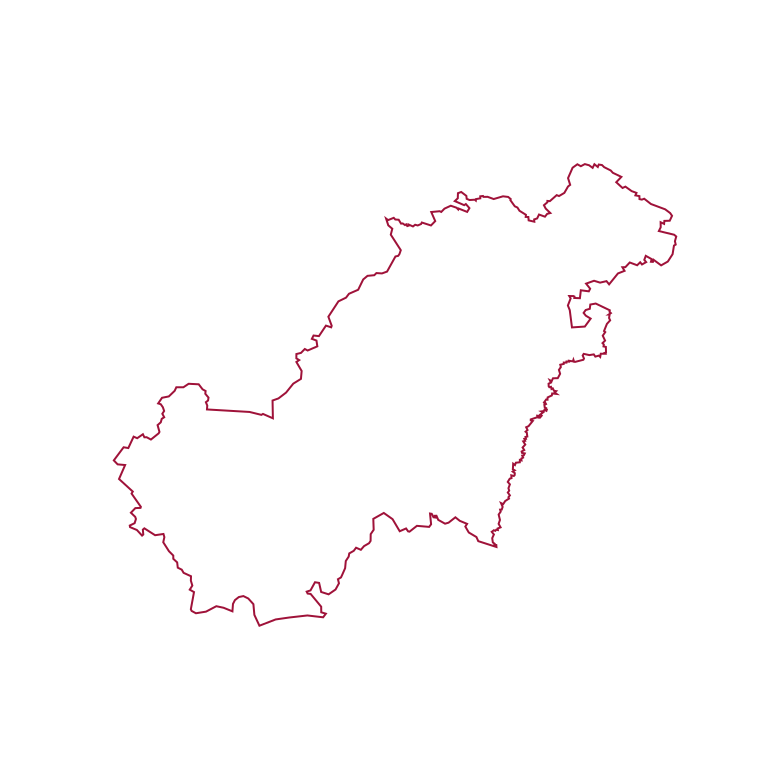 the district of Pueblo Nuevo, Córdoba, Colombia, rotated 109°
{"feature_id": "7082276B76767712756641", "entity_name": "Pueblo Nuevo", "entity_type": "district", "adm_level": 2, "iso_a3": "COL", "parent_name": "Colombia", "parent_adm1": "Córdoba", "projection": "robinson", "projection_center": [-75.437, 8.472], "detail": "fine", "context": "isolated", "style": "outline", "palette": "rose", "viewbox_px": 768, "rotation_deg": 109, "n_neighbors": 0, "source": "geoboundaries", "source_scale": "gbopen_adm2", "svg_char_len": 6166}
<svg xmlns="http://www.w3.org/2000/svg" viewBox="0 0 768 768"><g transform="rotate(109 384 384)"><path d="M662.0,487.2L657.2,478.2L648.7,470.2L647.8,462.8L648.3,453.3L641.1,455.2L636.9,454.6L632.7,451.9L630.3,447.9L631.0,442.5L634.7,435.8L644.5,431.4L653.1,423.1L641.9,409.8L635.6,397.5L627.8,381.1L624.4,365.6L620.1,364.2L620.3,369.0L615.0,370.9L606.4,385.0L607.0,388.0L605.5,389.5L603.1,386.3L593.9,384.7L593.2,380.6L601.1,375.7L600.9,367.9L594.1,362.9L587.1,361.7L583.6,364.0L580.9,361.7L578.1,361.4L570.8,360.8L563.8,362.5L558.7,361.2L555.5,361.7L551.6,358.3L547.9,357.1L548.3,351.9L543.8,350.1L539.4,346.3L536.7,345.6L530.3,347.7L525.2,346.3L515.0,350.2L506.0,342.2L509.0,331.9L518.1,321.2L513.4,316.1L515.5,313.2L515.3,311.8L507.4,306.7L504.4,294.8L501.3,293.8L491.5,298.3L491.2,296.6L493.9,293.8L493.5,291.8L492.0,292.9L491.5,291.5L494.8,288.5L496.2,280.8L494.1,277.8L486.8,273.1L488.7,267.8L489.2,259.9L492.3,260.7L496.8,255.5L498.6,246.8L501.9,243.7L501.5,224.6L499.7,225.4L500.3,227.4L499.0,227.4L498.4,229.5L494.5,231.5L490.5,231.1L488.7,234.0L486.5,232.5L486.6,231.0L485.2,230.4L485.0,228.8L483.6,229.5L481.6,227.1L478.9,230.1L474.8,230.1L470.1,233.1L466.7,232.1L465.0,233.3L464.4,231.8L461.6,231.8L458.5,234.6L458.8,232.2L455.2,231.3L451.6,228.5L450.5,229.5L448.3,228.7L446.3,231.6L444.1,230.9L442.0,232.4L437.9,232.3L436.3,235.1L432.6,234.3L431.5,232.8L428.9,233.9L428.7,231.3L427.6,230.8L425.7,231.3L424.9,233.8L423.1,232.3L422.7,234.4L417.3,235.9L418.0,233.8L415.5,233.7L413.8,230.1L411.6,230.8L411.5,229.1L409.8,229.9L408.3,228.5L406.7,230.0L405.9,228.6L403.8,228.3L404.2,231.1L403.0,231.9L400.8,229.9L398.9,232.3L395.3,230.7L392.9,233.7L391.8,232.0L390.2,233.4L389.6,231.9L388.0,233.0L387.0,231.4L383.6,233.1L383.0,234.6L380.8,233.3L378.6,235.5L376.8,233.6L370.5,231.3L370.6,233.4L369.7,233.7L365.4,228.1L364.1,228.8L363.7,227.1L365.4,226.8L365.1,225.6L362.6,224.6L362.0,226.3L359.0,224.3L358.7,226.3L357.5,224.0L356.2,223.9L356.5,221.7L355.1,221.7L355.1,223.2L354.0,223.0L353.8,224.4L351.5,225.6L350.2,224.3L348.8,225.9L350.3,227.0L345.8,225.6L345.6,224.3L343.4,224.9L340.2,221.6L338.2,221.9L337.2,217.6L336.5,219.8L334.7,218.9L335.1,221.0L333.2,223.0L334.2,224.0L332.3,225.2L333.2,226.6L332.6,227.5L330.1,228.5L328.3,226.6L326.4,228.5L326.7,226.4L323.6,226.1L321.9,221.6L317.0,220.8L313.7,223.2L310.4,222.3L308.4,223.6L306.5,220.6L305.2,221.0L304.4,218.5L302.5,219.1L303.3,218.6L302.6,216.3L301.8,216.7L301.1,212.8L299.4,212.8L301.1,211.5L300.8,210.4L296.2,203.4L294.8,203.2L292.4,205.4L290.5,205.0L289.8,199.2L287.7,195.3L289.3,193.1L287.2,190.1L288.0,188.4L284.8,188.9L283.3,184.6L282.7,185.4L282.0,184.3L276.7,186.3L277.0,188.7L275.1,189.0L274.2,190.7L271.0,189.1L267.1,192.9L262.9,191.7L262.3,193.2L254.6,192.8L250.2,190.9L248.3,192.7L244.8,193.3L245.1,194.1L243.1,192.6L242.3,194.3L240.8,194.5L239.0,210.0L241.7,214.8L245.9,213.9L248.4,217.4L251.8,218.4L253.7,215.4L254.9,209.9L264.3,212.8L269.3,224.7L253.7,232.4L249.9,235.7L242.3,235.4L240.5,237.5L239.2,233.5L239.3,232.4L240.7,232.1L239.1,226.7L231.3,228.4L229.7,220.5L226.8,220.1L223.3,225.6L218.0,219.0L217.8,212.7L214.3,207.1L216.5,203.6L203.3,198.8L198.7,193.4L196.0,196.6L194.9,193.8L189.1,191.2L189.3,183.3L185.5,181.4L187.0,179.0L183.4,175.8L181.9,178.3L177.6,178.2L178.8,171.5L181.5,171.4L181.0,169.5L178.8,169.5L181.6,160.6L175.8,155.5L167.3,153.4L158.7,154.9L157.2,153.6L154.3,155.4L149.4,155.7L148.4,158.3L149.9,173.9L145.7,173.4L141.0,175.1L141.4,171.3L138.5,172.0L136.6,167.0L131.2,166.4L129.2,169.1L127.3,175.0L126.9,190.2L124.1,198.3L125.7,200.2L126.0,202.6L123.2,203.7L123.8,207.7L121.1,207.5L121.0,212.6L118.8,220.0L121.0,222.3L117.6,230.1L110.9,227.0L109.8,236.4L108.3,239.1L107.3,246.4L106.0,249.2L106.6,252.4L109.2,252.5L107.7,256.6L111.7,257.1L110.4,261.3L110.7,265.7L114.0,268.8L113.3,272.7L118.1,276.1L129.4,277.0L135.1,272.8L137.3,274.3L144.6,275.7L149.3,279.7L149.2,282.2L157.1,286.7L157.7,289.1L159.0,288.7L162.9,291.0L165.5,288.2L168.2,282.4L170.0,285.1L173.4,286.3L173.3,292.6L177.6,293.1L179.5,295.6L181.6,294.7L182.2,300.5L179.1,301.9L179.9,304.4L177.8,304.9L176.1,312.3L173.7,315.3L173.4,318.2L169.0,324.4L167.9,324.4L166.7,327.5L167.8,332.6L173.4,340.5L173.3,347.0L174.7,350.9L174.0,351.6L175.2,354.1L177.1,353.4L179.2,357.2L180.7,356.9L180.2,358.2L182.2,363.0L182.0,366.1L179.3,367.4L177.3,373.5L179.5,376.2L184.4,374.7L188.0,376.6L188.8,366.4L187.2,365.2L189.9,360.5L194.2,361.4L193.8,370.7L194.8,370.7L193.7,372.8L193.7,378.9L198.5,383.9L202.7,385.9L202.5,387.6L206.0,395.3L213.3,388.6L218.8,391.2L219.0,400.8L220.6,401.0L223.1,403.7L223.3,406.4L225.6,407.9L225.2,412.6L226.1,412.1L227.1,413.4L225.8,415.0L226.9,415.9L226.1,418.6L226.8,420.1L223.9,423.6L224.8,426.9L223.7,428.9L227.7,433.5L226.9,435.9L232.6,431.6L234.5,426.7L240.6,426.2L252.0,411.7L256.1,411.7L258.2,412.3L259.7,414.7L276.7,417.7L280.1,421.9L281.6,427.3L284.3,428.6L287.1,434.8L291.9,437.7L303.3,439.1L310.1,446.5L314.7,448.0L320.7,454.0L338.5,458.5L346.0,452.4L347.6,452.4L347.7,457.9L359.9,461.1L361.1,466.4L364.8,466.9L364.9,462.0L370.1,459.3L377.2,467.1L376.7,470.3L381.6,472.6L384.2,476.6L388.3,475.2L389.0,472.0L391.7,474.0L398.5,466.1L406.2,464.2L413.2,469.9L424.0,473.8L432.0,479.1L435.9,484.0L452.6,477.9L451.7,488.7L453.1,489.9L454.2,502.0L465.7,543.1L461.9,544.1L459.2,546.5L456.9,545.0L454.0,545.5L451.4,549.8L448.7,550.4L448.1,553.8L444.6,559.1L447.4,568.8L452.4,572.6L454.7,579.3L458.6,579.7L465.8,583.4L469.3,589.4L475.9,591.2L475.8,588.5L478.0,585.5L481.1,583.1L484.3,583.9L487.0,581.0L489.3,582.8L492.9,582.6L496.6,584.7L502.4,580.7L504.0,581.0L512.4,586.3L511.6,591.1L512.4,593.2L510.0,595.6L515.6,599.7L515.3,603.6L527.8,604.9L528.6,609.6L544.2,614.6L546.7,609.7L544.9,602.4L560.1,603.6L567.5,586.5L569.8,587.0L579.3,573.9L580.4,573.9L582.3,578.7L588.1,581.4L590.6,576.0L592.4,574.6L596.8,574.5L600.6,578.3L602.0,577.5L602.5,570.1L606.1,563.4L604.7,562.6L600.2,564.6L598.5,563.6L601.5,551.2L597.6,543.7L600.3,541.8L605.5,541.2L612.1,532.9L614.8,527.4L617.9,526.3L620.0,521.5L624.8,519.2L625.4,514.8L627.8,512.0L628.6,503.9L632.8,502.6L637.0,499.6L641.7,500.7L642.6,495.9L659.9,493.3L661.2,492.0L662.0,487.2Z" fill="none" stroke="#9f1239" stroke-width="2"/></g></svg>